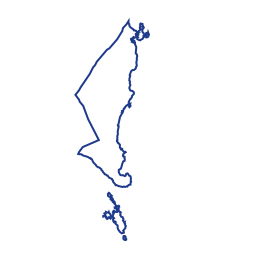 Occidental Mindoro, Mindoro Occidental, Philippines (orthographic projection), rotated 216°
{"feature_id": "2640588B90196487973168", "entity_name": "Occidental Mindoro", "entity_type": "district", "adm_level": 2, "iso_a3": "PHL", "parent_name": "Philippines", "parent_adm1": "Mindoro Occidental", "projection": "orthographic", "projection_center": [120.638, 13.026], "detail": "fine", "context": "isolated", "style": "outline", "palette": "blue", "viewbox_px": 256, "rotation_deg": 216, "n_neighbors": 0, "source": "geoboundaries", "source_scale": "gbopen_adm2", "svg_char_len": 5733}
<svg xmlns="http://www.w3.org/2000/svg" viewBox="0 0 256 256"><g transform="rotate(216 128 128)"><path d="M153.0,77.7L152.1,78.1L150.9,79.0L150.0,79.4L148.7,79.2L143.4,81.0L141.5,81.1L141.4,81.3L140.5,81.6L139.5,81.5L139.5,81.3L138.9,81.5L135.9,79.8L132.3,79.2L131.2,78.7L129.4,78.6L128.7,79.0L127.8,79.1L125.3,79.0L124.7,78.3L123.2,78.2L122.3,77.6L120.3,77.3L119.7,76.9L118.7,77.3L116.8,77.2L116.4,77.5L114.0,76.7L111.1,77.4L110.5,76.8L109.8,76.9L109.1,76.6L108.4,75.7L105.5,75.0L104.4,74.5L104.1,75.0L101.7,75.4L97.5,77.2L97.1,78.1L95.6,78.7L94.7,80.1L94.1,80.3L94.2,81.1L93.8,82.6L92.7,83.6L93.7,85.1L93.8,86.3L94.4,86.4L96.0,88.9L97.4,90.3L98.3,90.4L99.1,90.1L101.2,91.0L101.7,91.0L102.5,89.9L101.9,87.9L102.2,87.3L104.5,86.8L105.6,85.8L106.8,85.5L109.4,86.7L110.8,88.7L110.6,89.5L110.1,90.1L109.9,91.1L112.0,97.0L112.2,98.4L111.4,99.3L112.3,101.0L112.9,101.3L113.8,102.7L114.6,102.6L115.1,102.2L115.9,102.7L116.5,104.5L116.0,106.1L116.1,106.8L115.8,107.1L116.0,107.2L116.5,106.7L117.8,106.4L119.7,106.9L120.8,106.6L120.8,107.6L121.6,107.3L122.4,107.4L122.4,107.2L123.1,107.4L124.8,109.8L127.2,110.0L127.3,110.4L128.7,110.5L129.3,110.9L129.7,111.7L129.5,112.1L130.7,113.4L131.0,114.2L131.7,114.8L132.2,115.8L132.3,116.7L134.2,119.0L136.4,123.7L136.7,124.0L137.3,123.8L137.6,124.1L137.4,124.2L140.9,132.1L141.5,136.8L141.9,136.8L141.7,137.5L141.6,137.3L141.6,137.7L142.1,137.5L142.8,138.2L142.6,138.4L142.3,137.9L141.7,137.8L142.3,139.4L142.4,141.4L142.5,141.2L142.7,141.3L142.5,141.7L142.7,142.3L142.5,145.0L141.6,147.4L140.9,147.9L141.1,147.8L140.3,147.9L140.9,148.4L140.8,149.0L141.3,148.7L141.5,148.2L141.9,148.3L142.8,149.7L143.2,153.1L142.8,153.6L142.9,154.1L143.1,155.6L143.6,156.4L143.3,159.0L144.1,160.2L144.9,160.5L146.3,160.5L148.1,159.7L150.2,160.9L150.8,161.8L151.2,163.9L151.7,164.5L152.7,165.0L153.8,166.9L154.9,167.2L156.0,169.1L156.8,171.3L157.1,171.2L157.7,171.7L158.8,175.6L158.5,177.4L157.3,178.5L156.8,179.9L156.9,181.3L157.5,182.4L157.5,183.6L159.7,185.8L161.0,188.5L162.3,190.2L162.7,191.5L164.1,192.7L165.3,192.8L165.9,193.3L168.4,197.6L169.2,198.6L171.5,199.8L172.2,200.9L174.0,202.2L174.6,202.2L173.6,201.4L173.8,201.1L174.1,201.3L174.3,201.1L174.0,200.2L174.4,200.1L174.6,200.6L174.8,200.5L174.7,200.8L175.2,200.7L174.9,201.5L175.2,201.2L176.2,202.5L176.2,202.2L176.7,201.8L176.7,201.4L177.1,201.5L176.9,201.1L177.2,201.1L177.0,200.9L177.4,201.1L177.6,201.9L177.4,202.9L176.4,204.1L176.7,204.5L177.0,204.4L177.0,205.0L176.4,205.2L176.8,204.8L176.4,204.4L176.1,204.3L174.8,206.4L175.2,207.9L175.0,208.3L175.4,208.4L176.0,207.7L177.0,208.5L176.7,210.0L176.9,210.8L176.5,211.2L177.4,211.0L178.5,211.4L179.0,211.0L180.8,210.9L180.9,210.7L181.1,210.9L185.0,210.9L186.8,211.4L188.0,212.8L189.0,212.8L190.4,214.8L190.2,211.1L190.8,205.9L189.6,203.0L188.9,193.2L189.9,181.5L191.0,179.0L192.2,163.2L191.6,159.6L191.9,156.6L190.7,149.2L190.2,133.1L189.8,129.7L190.0,123.9L184.2,122.1L182.6,120.9L177.3,119.6L165.4,111.7L144.5,101.1L153.4,86.0L153.5,80.1L153.0,77.7ZM71.2,39.1L69.8,40.8L70.2,41.5L71.6,42.1L71.3,44.8L71.4,45.6L71.9,46.2L71.9,47.0L72.2,47.5L73.4,47.9L73.6,48.2L74.5,48.6L74.4,49.1L75.0,49.3L75.3,50.0L75.5,49.6L76.3,49.6L76.9,50.1L77.7,50.2L78.1,51.7L79.2,52.1L79.9,52.7L81.1,52.2L82.9,52.9L82.9,53.2L83.9,54.1L84.1,55.1L84.5,55.1L84.8,55.5L85.0,55.3L86.0,55.3L88.1,56.3L88.3,56.7L88.0,57.0L88.3,57.5L88.6,57.6L89.1,58.9L88.9,59.2L89.4,59.6L89.8,59.7L90.2,59.2L90.7,57.9L91.9,58.4L92.3,58.1L91.6,57.2L91.5,56.4L92.1,55.9L91.6,55.4L90.7,55.6L90.3,56.1L89.8,56.1L87.7,54.5L87.7,53.7L87.9,53.6L87.7,53.5L88.5,52.9L89.5,52.7L91.6,52.9L90.4,52.1L90.4,51.5L90.8,51.0L90.6,50.7L90.1,51.3L89.5,51.1L89.0,49.6L89.1,48.4L88.4,47.8L88.1,46.8L86.9,47.0L86.2,46.8L86.6,45.8L86.2,44.9L85.1,44.1L84.9,43.8L83.7,43.5L83.4,43.9L83.6,44.7L83.1,44.9L82.6,44.6L82.7,44.1L82.0,43.3L79.2,43.0L78.7,42.7L77.8,41.2L76.2,40.1L73.5,39.2L71.2,39.1ZM172.9,205.4L170.7,205.6L169.6,206.2L169.5,207.1L168.6,208.6L168.8,209.5L168.6,209.8L168.6,211.0L169.5,211.4L168.9,212.1L169.1,213.1L170.8,213.5L171.0,213.9L172.3,214.1L173.0,214.5L173.6,215.0L174.3,216.8L174.2,218.5L174.7,218.7L175.0,218.5L175.5,219.1L176.1,218.6L176.3,219.4L177.3,220.2L177.3,220.6L177.8,220.6L178.3,220.2L179.2,220.0L179.3,219.3L177.9,217.4L177.2,215.8L176.8,215.6L176.8,215.8L176.7,215.9L176.4,215.4L176.1,215.7L175.7,215.6L176.0,214.6L175.8,213.5L176.2,213.1L175.8,211.9L176.0,211.8L175.1,210.5L175.0,209.9L174.4,209.5L174.6,209.0L174.1,207.5L173.8,207.4L174.0,207.3L172.9,205.4ZM93.4,42.6L91.4,42.1L91.2,42.5L91.6,43.2L91.2,44.4L90.4,44.5L90.1,44.3L89.8,44.7L88.8,44.5L88.8,45.2L89.1,45.5L89.6,45.1L90.2,45.3L90.2,46.6L90.5,47.2L92.5,48.1L93.3,48.1L94.1,48.7L94.0,48.2L94.3,47.8L96.4,47.2L95.9,46.7L96.4,46.2L96.1,45.8L96.6,45.2L95.6,45.1L95.3,44.4L95.6,43.8L95.2,43.9L94.8,43.7L94.9,43.2L93.7,43.5L93.4,42.6ZM93.3,58.5L94.1,59.1L94.5,59.7L95.8,60.5L97.0,60.4L98.9,61.9L99.7,61.9L101.2,62.6L101.6,62.9L101.4,63.4L101.8,63.4L101.8,63.7L103.0,63.7L104.2,64.3L105.4,64.3L105.5,62.8L104.3,61.4L103.1,61.3L101.3,61.6L100.7,61.1L100.3,60.2L99.9,60.3L99.1,59.9L98.6,60.2L97.5,59.7L96.9,59.2L95.6,59.2L93.3,58.5ZM66.0,35.4L64.5,35.6L63.8,36.4L63.8,36.7L64.2,37.2L65.4,37.8L66.3,38.7L67.0,38.8L67.9,38.2L68.0,37.8L67.6,36.9L66.8,36.3L66.7,35.7L66.0,35.4ZM166.6,212.0L165.9,212.4L165.3,213.9L165.9,215.6L166.5,215.1L167.2,214.9L167.3,215.6L166.3,215.7L166.5,216.1L167.0,216.1L167.4,216.8L168.1,217.3L167.8,216.5L167.2,216.1L167.7,215.2L168.2,215.7L168.8,215.9L169.1,215.7L169.1,215.3L168.6,214.4L168.0,214.5L167.5,212.6L166.6,212.0ZM139.0,145.7L139.0,146.3L139.8,145.9L139.6,145.8L139.0,145.7ZM139.5,147.3L139.2,147.6L139.7,148.0L140.0,148.0L139.5,147.3ZM95.9,41.7L95.8,41.8L95.8,42.6L96.2,42.0L95.9,41.7Z" fill="none" stroke="#1e3a8a" stroke-width="2"/></g></svg>